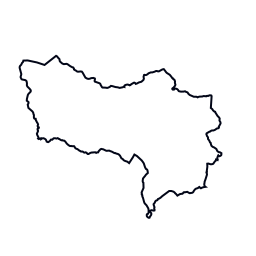 Huitzilan de Serdán, Puebla, Mexico (Albers equal-area conic projection), rotated 255°
{"feature_id": "50627088B1220406486190", "entity_name": "Huitzilan de Serdán", "entity_type": "district", "adm_level": 2, "iso_a3": "MEX", "parent_name": "Mexico", "parent_adm1": "Puebla", "projection": "albers", "projection_center": [-97.714, 19.944], "detail": "fine", "context": "isolated", "style": "outline", "palette": "ink", "viewbox_px": 256, "rotation_deg": 255, "n_neighbors": 0, "source": "geoboundaries", "source_scale": "gbopen_adm2", "svg_char_len": 5817}
<svg xmlns="http://www.w3.org/2000/svg" viewBox="0 0 256 256"><g transform="rotate(255 128 128)"><path d="M73.9,206.3L74.2,206.5L75.4,206.4L76.2,206.6L77.9,207.8L78.2,208.1L77.7,208.3L77.1,208.9L77.2,210.1L77.6,210.9L77.9,211.2L79.5,211.7L80.6,210.7L81.3,209.4L81.9,208.8L82.7,208.3L84.9,207.9L86.9,206.2L87.9,204.9L89.3,204.0L91.3,203.9L92.3,204.0L92.9,203.5L95.0,203.2L96.5,202.5L97.0,202.5L97.9,202.8L98.4,202.8L99.9,202.2L101.0,202.2L101.8,202.1L102.5,202.6L102.6,202.9L103.4,205.8L103.3,206.3L103.8,207.5L103.9,208.4L103.5,209.8L103.6,210.8L103.8,211.9L104.5,213.6L104.4,215.4L105.0,216.0L105.7,216.0L107.9,218.1L108.5,218.6L109.7,218.8L110.5,218.5L111.6,218.3L113.4,219.0L114.3,218.8L115.7,218.1L115.9,217.9L116.5,217.6L120.4,216.4L121.1,216.4L121.5,215.7L122.1,215.3L123.0,214.7L124.4,214.3L125.9,213.2L137.1,217.0L137.8,216.9L138.1,216.5L138.5,215.0L138.2,213.8L138.5,213.1L138.4,212.3L138.6,212.0L138.4,211.7L139.3,209.3L139.2,207.8L139.8,205.3L139.8,203.8L139.6,203.4L139.6,203.1L140.0,202.8L140.5,202.1L141.2,199.6L144.0,196.1L145.6,195.1L146.8,194.8L147.3,194.3L147.7,193.6L148.7,192.6L148.8,191.1L149.4,188.6L150.1,187.2L150.4,186.7L150.9,186.4L152.0,186.1L152.8,185.6L153.8,184.2L153.9,183.4L153.6,182.8L153.3,182.6L153.2,182.2L153.5,181.2L154.0,180.9L154.6,181.0L155.0,181.7L155.2,182.4L156.5,184.2L157.2,184.8L157.5,185.0L159.5,185.0L161.0,185.5L161.5,185.4L162.6,185.3L162.9,184.9L163.4,184.7L163.8,184.2L164.4,184.2L164.7,183.7L166.4,183.1L168.6,182.1L171.1,179.8L171.9,179.3L173.5,178.7L175.6,177.8L175.7,177.2L175.6,176.0L174.7,172.4L175.2,171.1L175.5,170.8L175.8,169.9L175.5,168.2L175.4,165.9L175.8,164.4L175.5,161.9L174.9,160.9L174.6,159.8L174.5,159.1L174.8,158.0L175.1,157.7L175.1,157.3L173.5,156.3L171.5,156.1L170.4,155.3L169.2,152.9L169.2,150.3L168.7,148.3L168.6,146.9L169.6,146.5L170.1,146.0L170.2,145.6L170.2,145.0L169.7,143.7L169.7,143.2L169.3,142.1L168.9,141.6L168.8,140.8L169.1,140.7L169.3,140.0L170.0,139.1L170.2,138.0L170.2,136.9L170.0,135.9L169.7,135.5L168.6,135.2L169.0,134.7L168.7,133.5L168.9,130.3L169.9,128.7L170.8,126.5L172.4,123.9L173.1,122.4L172.4,121.0L172.1,119.2L172.1,118.2L172.7,117.0L173.7,113.8L174.3,113.4L176.9,112.7L177.5,112.7L178.1,112.5L178.7,111.9L181.4,108.0L182.1,107.9L183.9,108.8L184.4,108.8L185.3,107.6L185.7,105.4L185.5,104.1L185.6,103.0L185.8,102.2L186.3,101.3L187.7,99.9L193.2,98.5L194.4,98.0L194.9,96.8L195.3,94.3L195.8,93.4L197.0,92.5L197.5,91.9L198.5,91.0L199.1,91.2L200.6,90.8L201.0,90.0L202.8,88.1L205.3,86.1L205.9,85.2L206.3,82.5L207.3,81.2L209.7,79.6L210.4,79.4L212.2,79.6L212.7,79.4L214.4,78.4L215.3,78.2L216.3,77.2L210.5,63.7L214.9,57.0L219.2,48.6L220.2,44.4L218.9,43.6L218.2,42.4L216.8,41.3L215.8,39.7L214.9,39.1L214.0,38.9L207.7,38.9L206.5,38.3L205.4,37.6L204.6,37.4L202.7,37.8L202.3,38.2L201.0,40.9L200.6,41.4L199.8,42.0L199.2,42.1L197.7,42.0L196.7,41.8L195.7,41.4L194.8,41.4L194.0,41.6L191.2,43.2L189.7,43.8L188.9,43.7L188.2,43.2L186.7,40.7L185.8,39.8L182.3,37.9L180.6,37.3L179.1,38.4L178.7,38.6L178.0,38.4L177.4,38.1L176.6,37.2L173.2,37.0L168.7,40.0L167.3,40.4L165.8,40.3L164.9,40.5L162.9,39.9L162.0,39.8L161.2,40.1L160.8,41.2L159.0,41.0L158.2,41.4L157.0,41.5L155.8,42.0L154.4,42.0L153.6,41.3L152.7,41.2L152.3,41.3L151.8,42.0L151.4,42.0L150.8,41.5L150.8,40.7L150.5,40.4L149.5,40.2L148.8,40.4L148.3,40.3L146.0,38.5L144.9,38.5L142.0,39.1L141.5,38.9L141.1,38.4L140.4,39.0L140.6,41.3L140.2,41.4L139.8,41.3L140.2,42.5L139.9,43.9L138.9,45.0L138.1,45.6L136.6,45.9L135.9,45.9L135.2,46.8L135.0,47.4L135.8,49.4L136.7,50.4L136.7,51.0L136.3,51.7L136.5,52.2L137.1,53.1L137.3,53.7L136.9,55.1L136.4,56.0L136.3,56.4L136.4,57.5L135.3,58.4L135.2,58.8L134.2,59.6L133.3,60.6L133.2,61.5L132.7,61.9L132.3,63.1L131.2,63.9L128.8,64.8L127.1,65.9L125.8,67.0L125.4,67.9L125.4,68.4L125.1,68.8L124.6,70.3L124.5,70.9L124.3,71.3L122.0,72.0L121.2,72.9L120.7,73.7L118.6,75.3L118.1,76.0L117.5,76.4L117.0,78.1L115.6,79.3L115.4,79.9L115.5,80.7L115.3,81.0L114.8,81.6L114.3,81.7L113.3,82.4L113.1,83.1L113.7,85.2L113.7,87.0L113.4,87.6L113.4,88.3L112.9,90.4L112.2,90.8L112.4,91.8L112.2,92.9L112.9,93.4L113.4,94.0L114.6,96.0L114.7,96.8L113.8,98.6L111.8,100.9L111.4,101.7L111.3,102.8L110.9,104.2L110.3,104.8L109.5,106.1L107.4,108.3L107.1,108.9L107.1,109.2L106.3,110.1L105.6,111.4L104.9,112.2L103.4,113.1L100.4,113.8L99.5,114.8L98.2,115.4L97.6,115.9L96.9,116.7L95.6,118.7L93.8,120.0L98.4,125.1L100.7,127.3L98.6,129.4L93.2,132.8L91.5,133.5L89.7,134.1L85.8,134.3L83.9,134.7L83.6,135.1L82.8,135.7L82.3,135.8L81.2,135.8L79.4,135.5L78.3,133.3L77.2,132.0L76.1,130.4L75.3,129.4L73.4,128.6L72.8,128.4L71.7,128.4L71.2,128.7L66.1,127.5L62.3,124.5L61.3,124.5L60.7,124.1L60.1,124.1L59.9,124.3L59.7,124.2L59.2,124.4L57.9,124.1L57.4,124.3L56.6,124.4L52.2,124.4L50.9,124.6L48.5,125.9L45.1,126.8L43.7,126.7L40.9,126.0L39.9,125.0L39.9,124.3L39.7,123.9L39.2,123.6L38.0,123.4L37.3,123.6L36.1,124.5L35.8,125.1L35.8,125.6L36.5,126.1L38.1,127.9L38.9,128.3L39.7,128.4L40.6,128.0L41.4,127.5L41.8,127.5L42.2,127.8L42.5,128.9L42.5,129.5L41.6,131.3L41.5,132.2L42.0,132.5L43.6,132.5L44.3,132.8L44.6,133.1L46.9,132.9L47.8,133.0L48.8,134.4L50.1,135.4L50.6,136.3L50.7,137.7L51.6,138.5L51.8,140.0L52.3,141.5L53.3,143.4L56.5,151.5L55.9,153.6L54.7,155.5L53.4,156.5L52.8,156.6L51.9,157.3L49.9,158.2L50.7,161.0L50.6,162.6L50.4,163.3L50.6,164.0L51.4,165.0L51.5,165.6L51.2,166.0L51.0,168.7L49.3,170.4L49.0,170.9L49.0,171.8L48.8,172.9L48.9,173.7L49.3,174.5L50.0,175.1L50.6,175.8L51.4,176.9L51.8,177.9L51.9,180.0L52.5,181.2L52.6,181.7L51.4,182.3L51.0,182.6L50.9,182.9L51.2,184.0L51.3,185.7L51.1,187.6L51.7,187.1L52.2,187.0L53.0,187.0L54.1,187.1L54.9,187.6L56.3,188.1L58.1,189.4L62.5,192.2L63.7,192.4L64.5,192.2L65.0,192.3L65.2,192.9L66.4,193.1L70.0,194.6L73.0,195.3L72.9,196.3L71.5,198.6L71.3,199.9L71.4,201.1L73.3,203.3L73.7,204.3L74.9,204.9L74.7,205.5L73.9,206.3Z" fill="none" stroke="#020617" stroke-width="2"/></g></svg>